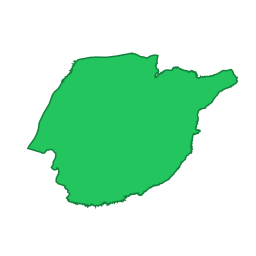 Ulanga, Morogoro, United Republic of Tanzania (Albers equal-area conic projection), rotated 199°
{"feature_id": "72390352B93515871634078", "entity_name": "Ulanga", "entity_type": "district", "adm_level": 2, "iso_a3": "TZA", "parent_name": "United Republic of Tanzania", "parent_adm1": "Morogoro", "projection": "albers", "projection_center": [36.287, -9.043], "detail": "fine", "context": "isolated", "style": "filled", "palette": "green", "viewbox_px": 256, "rotation_deg": 199, "n_neighbors": 0, "source": "geoboundaries", "source_scale": "gbopen_adm2", "svg_char_len": 5734}
<svg xmlns="http://www.w3.org/2000/svg" viewBox="0 0 256 256"><g transform="rotate(199 128 128)"><path d="M216.1,76.1L202.4,76.7L200.8,76.4L199.3,76.8L198.2,78.7L197.8,80.6L195.9,81.3L194.9,82.2L192.9,82.8L191.9,82.6L189.4,80.9L188.3,80.7L187.7,80.0L186.8,75.9L187.7,71.3L186.8,69.8L187.6,65.8L185.6,64.7L184.7,64.4L183.4,64.7L182.1,65.6L181.8,67.3L181.1,67.2L180.7,66.3L179.4,65.1L178.8,63.0L179.4,57.2L178.5,53.9L175.8,52.7L168.5,52.7L168.3,51.0L167.1,50.6L166.8,50.1L164.8,50.0L163.8,47.5L162.2,47.3L161.4,46.3L162.4,44.1L162.2,43.3L162.6,43.0L162.6,42.6L163.2,42.4L162.9,42.0L163.1,41.7L161.6,40.9L161.5,40.5L160.7,40.6L161.0,40.2L160.6,39.6L159.1,39.3L157.6,39.7L156.8,39.4L155.9,40.0L154.7,39.2L153.8,40.0L152.5,39.2L152.4,40.2L152.0,40.6L151.6,40.4L151.5,39.7L151.1,39.5L149.1,41.0L148.1,40.9L146.7,41.6L145.8,40.9L144.1,42.1L143.7,41.0L142.6,40.4L142.3,41.6L141.4,42.3L141.0,42.1L141.2,41.1L140.4,40.3L139.7,42.0L139.0,41.9L138.6,42.6L137.8,42.8L138.0,43.7L137.7,44.2L136.3,44.0L135.7,43.4L133.7,43.9L133.1,43.2L133.2,44.0L132.5,44.7L130.4,44.6L130.2,45.7L129.0,46.3L127.7,46.0L128.0,48.0L127.5,48.1L127.2,47.4L126.8,47.5L126.8,48.5L126.4,48.9L126.6,49.5L125.7,49.3L125.7,50.5L125.0,50.3L123.9,49.2L123.1,49.9L122.7,49.2L122.0,49.2L122.1,48.7L121.3,49.3L121.3,49.9L120.2,49.8L120.7,50.1L120.8,51.3L120.0,51.3L119.8,51.7L118.2,51.9L118.0,52.7L117.5,53.2L116.7,52.8L116.9,53.4L116.5,54.0L116.0,53.9L114.6,54.8L114.0,54.3L113.8,55.3L111.9,55.9L111.6,56.4L110.0,56.4L110.4,57.1L109.4,57.2L109.6,57.9L108.8,57.5L108.7,58.5L107.6,58.7L108.1,59.0L107.8,59.3L108.1,60.8L107.6,61.1L108.2,61.4L107.6,61.6L108.6,62.0L107.9,62.2L107.3,62.9L107.5,63.1L106.3,63.0L105.3,64.4L105.1,63.9L104.8,64.1L104.7,64.8L104.4,64.9L103.9,65.7L103.9,66.6L103.3,66.7L102.7,66.4L101.9,67.0L101.3,67.0L100.9,67.7L100.0,67.7L99.6,68.1L99.9,68.4L99.0,68.7L98.7,69.3L97.5,69.5L97.8,69.0L97.1,68.7L96.7,68.9L96.3,68.6L95.9,68.8L95.9,68.3L95.5,68.1L95.2,68.4L93.9,68.5L93.0,69.3L93.0,70.6L92.4,70.9L92.0,71.9L92.2,72.8L91.2,73.4L91.4,73.8L91.1,74.2L90.5,74.2L89.4,76.6L88.9,76.9L88.5,78.7L88.1,79.0L87.2,78.7L86.2,80.5L85.6,80.7L85.3,81.3L85.5,81.7L84.9,82.4L84.3,82.1L83.8,82.6L83.5,82.3L82.1,83.4L81.7,83.2L80.3,84.8L79.8,84.7L79.6,86.3L78.4,86.4L77.6,87.0L76.1,89.3L72.8,92.7L72.3,93.5L72.5,94.4L71.7,95.4L71.2,96.9L70.8,97.2L70.7,98.3L69.8,99.0L69.9,100.1L68.5,103.0L68.4,104.5L67.5,105.3L67.9,105.9L67.6,106.3L67.2,106.1L67.1,107.4L66.6,107.5L66.7,110.0L66.1,111.3L66.4,112.0L66.1,113.2L65.3,113.6L65.3,114.5L64.1,116.3L64.2,116.7L63.5,117.4L63.9,118.3L63.5,121.0L62.6,121.8L61.5,124.2L60.6,124.7L60.7,125.2L60.0,125.2L60.1,126.5L60.5,126.6L60.4,127.1L61.0,127.4L61.1,127.9L60.3,129.0L60.7,129.5L61.0,129.2L62.0,129.7L61.7,130.4L62.1,130.8L61.7,131.1L62.3,131.3L61.9,131.5L62.6,132.1L62.3,132.4L62.5,133.3L62.8,133.3L62.6,133.8L63.1,133.8L62.7,134.4L63.4,135.1L63.2,135.9L63.6,136.4L63.1,136.9L63.7,137.6L63.5,139.0L64.0,140.3L64.3,143.0L63.9,144.0L63.0,143.6L60.7,145.5L60.9,146.1L59.8,146.1L59.9,148.4L59.0,148.2L58.8,148.6L59.4,149.2L62.3,148.7L63.5,149.1L64.2,150.5L63.7,151.2L64.3,153.3L63.7,154.8L64.4,155.9L64.3,156.6L65.0,156.5L64.4,157.3L64.3,158.1L64.8,160.0L66.5,162.6L66.8,164.3L66.7,166.3L67.0,166.8L65.8,169.5L65.3,169.2L65.1,169.8L64.1,170.6L61.4,172.0L61.1,174.3L60.0,175.2L57.0,179.8L56.6,182.3L55.6,185.7L54.3,188.5L53.6,191.8L51.3,193.8L50.1,195.7L47.9,197.7L47.1,198.0L46.8,198.7L45.5,199.3L44.6,200.2L44.5,200.9L43.9,200.8L43.7,201.8L42.7,202.3L42.2,203.8L40.9,204.8L40.1,206.5L39.9,207.9L40.7,208.3L41.1,209.0L41.3,211.4L42.5,211.3L43.5,211.8L44.3,212.7L45.7,213.0L46.3,214.3L48.1,216.3L49.7,216.8L53.2,214.4L57.0,213.2L61.1,208.2L64.6,205.7L64.5,205.2L64.8,204.8L66.0,204.2L66.6,204.5L67.9,203.2L70.8,202.2L71.3,201.7L72.0,201.8L72.2,201.2L72.7,201.3L73.0,200.9L74.2,200.8L74.3,200.2L75.6,199.8L76.0,200.2L76.0,199.6L77.2,198.2L77.6,198.4L78.7,197.9L80.1,198.6L79.5,200.3L80.1,200.6L80.5,200.1L80.6,200.7L81.2,200.7L80.9,201.7L81.2,202.0L81.6,201.8L82.2,202.9L83.1,202.8L83.1,202.4L83.9,202.8L84.5,202.2L84.7,202.7L85.1,202.4L85.7,202.9L86.0,202.6L86.5,202.9L86.9,202.0L87.3,202.0L87.8,201.3L88.3,201.7L89.1,200.6L89.3,201.0L89.8,200.7L90.9,201.3L94.7,200.5L94.8,200.8L96.4,200.8L97.3,201.1L97.8,200.8L99.2,201.0L99.8,201.2L99.8,201.5L101.2,201.8L101.6,200.8L102.0,200.9L102.1,200.5L102.8,201.1L104.1,199.8L104.8,200.0L105.2,197.0L105.7,196.7L110.4,195.4L112.1,194.2L112.5,193.0L113.2,193.0L113.2,191.6L113.6,191.1L114.1,190.9L114.3,191.4L114.8,191.2L115.0,189.9L115.8,189.5L115.7,188.8L116.9,188.3L116.9,186.9L117.4,185.6L117.6,185.2L118.6,185.1L118.7,184.8L119.1,185.0L118.6,186.2L119.4,186.3L119.1,188.8L118.7,188.8L118.6,189.6L117.6,189.5L118.0,189.9L117.6,190.3L117.8,190.9L117.5,191.3L118.7,193.2L120.3,193.3L120.9,194.5L122.1,195.7L121.7,196.5L122.3,197.6L121.5,198.4L121.5,198.9L122.0,199.3L122.7,201.5L123.3,206.2L126.0,205.8L128.3,204.7L130.8,202.7L132.7,200.2L136.4,200.2L138.5,199.6L140.4,199.6L142.5,200.1L145.7,200.3L148.9,199.5L148.8,199.9L162.2,192.3L171.4,187.8L182.6,184.2L183.6,183.5L186.0,182.8L197.1,176.5L198.8,174.0L199.5,173.7L200.3,173.9L200.6,173.3L198.9,172.7L199.6,170.9L200.6,170.6L199.6,170.2L199.4,169.8L200.1,169.3L200.6,168.0L200.0,166.5L200.8,165.2L199.8,164.8L200.5,164.2L200.6,163.5L201.3,163.3L200.5,162.7L200.0,162.9L200.3,162.2L199.5,161.7L200.3,161.0L200.9,161.1L201.2,160.1L201.0,159.5L201.7,159.2L202.1,158.6L202.4,157.0L203.8,156.0L203.4,154.8L204.1,154.3L204.7,152.8L205.3,152.6L205.3,152.1L204.4,151.9L204.1,151.3L205.4,151.2L205.8,150.7L205.7,150.1L204.9,149.6L205.5,148.1L206.1,144.7L206.9,142.2L209.4,137.8L210.2,134.0L210.3,125.1L212.5,114.7L213.5,105.7L213.5,103.2L212.4,97.9L212.3,92.5L213.0,87.6L215.6,78.9L216.1,76.1Z" fill="#22c55e" stroke="#15803d" stroke-width="1.5"/></g></svg>